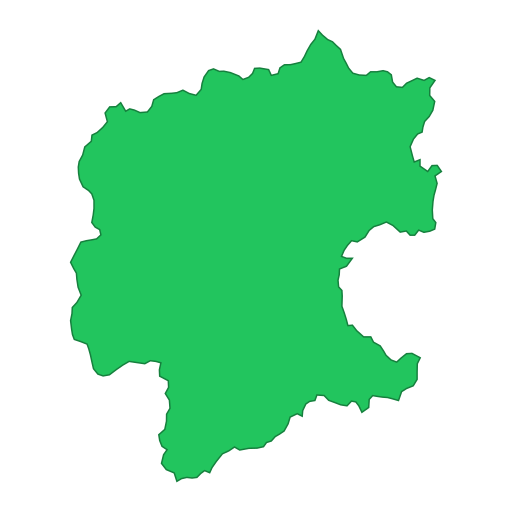 outline of Jundiaí, São Paulo, Brazil
{"feature_id": "56859067B11447727870943", "entity_name": "Jundiaí", "entity_type": "district", "adm_level": 2, "iso_a3": "BRA", "parent_name": "Brazil", "parent_adm1": "São Paulo", "projection": "robinson", "projection_center": [-46.901, -23.201], "detail": "fine", "context": "isolated", "style": "filled", "palette": "green", "viewbox_px": 512, "rotation_deg": 0, "n_neighbors": 0, "source": "geoboundaries", "source_scale": "gbopen_adm2", "svg_char_len": 3302}
<svg xmlns="http://www.w3.org/2000/svg" viewBox="0 0 512 512"><path d="M176.9,481.3L181.5,478.6L186.8,477.4L192.1,478.0L196.9,477.4L200.8,473.4L204.6,470.6L209.7,472.7L212.0,467.6L216.4,461.3L222.4,453.8L228.9,450.8L234.5,447.0L239.7,450.0L248.9,448.3L257.1,448.1L263.5,446.7L266.5,442.5L271.3,441.0L275.2,436.6L279.5,434.1L284.1,431.0L288.1,423.8L290.1,417.1L297.2,413.7L302.2,416.2L302.7,410.6L305.8,404.0L309.6,401.4L314.9,400.5L316.9,395.0L324.1,395.5L328.7,400.3L334.7,402.5L340.7,404.8L347.0,405.8L351.5,401.1L355.8,401.9L358.8,405.8L361.9,412.3L368.7,407.5L369.2,399.4L372.7,395.6L377.5,396.4L382.4,397.1L387.6,397.5L392.2,398.7L398.5,400.5L401.6,391.6L406.5,388.5L413.2,385.8L417.1,379.4L417.1,371.8L417.3,363.7L420.2,357.8L412.0,353.4L406.5,353.7L401.0,358.1L396.7,362.1L391.1,360.0L386.0,355.3L383.6,351.1L380.2,345.9L373.5,342.2L370.8,336.9L363.6,336.9L356.7,330.7L352.4,325.2L347.9,325.6L346.3,319.5L344.3,313.1L341.9,306.3L342.2,296.1L341.9,290.5L338.6,286.9L338.0,280.2L339.2,274.8L339.5,269.0L346.5,266.2L352.3,258.3L346.5,258.3L341.5,256.4L344.1,250.3L347.5,245.3L351.6,240.7L357.3,241.9L365.0,237.1L369.2,230.4L373.8,226.6L379.7,224.8L386.4,222.0L393.0,225.5L400.2,232.1L406.3,231.0L410.1,235.2L414.7,235.2L418.7,230.1L423.9,232.3L429.8,231.2L434.7,229.1L435.8,222.6L432.8,218.7L432.3,210.0L433.0,201.3L434.0,195.2L435.4,190.2L437.1,183.4L435.0,175.9L441.4,171.5L437.2,165.4L432.0,165.6L427.7,171.5L420.0,166.1L420.0,159.7L414.2,162.0L412.6,156.5L410.1,146.7L413.5,139.0L417.6,134.0L422.1,132.1L422.9,127.1L424.6,121.5L429.2,116.5L432.8,110.3L434.7,101.4L429.7,95.5L429.8,87.9L435.0,80.4L429.2,77.6L424.1,80.4L417.1,78.2L411.5,80.9L406.6,83.2L402.4,87.4L396.4,86.8L392.6,82.1L391.3,74.8L387.5,71.8L383.1,70.7L376.9,71.8L370.6,71.8L366.3,75.4L359.2,75.0L352.8,73.2L348.6,68.1L346.1,63.1L343.6,58.6L340.5,49.4L335.9,45.2L332.5,41.8L327.7,39.6L322.4,35.1L318.3,30.7L314.9,39.3L310.8,44.4L307.2,50.7L304.4,56.6L301.0,62.2L295.4,63.6L290.4,64.7L284.4,64.8L280.0,67.8L278.1,73.7L271.3,75.4L268.6,69.6L259.8,68.1L254.6,68.4L252.6,73.4L248.7,77.3L242.9,79.5L238.9,76.0L230.4,72.6L223.8,71.2L219.3,71.4L213.5,68.9L208.6,70.6L204.1,77.0L202.1,83.4L201.2,89.4L196.1,95.3L189.2,93.5L182.9,90.2L176.9,92.7L171.6,93.3L164.1,93.7L159.0,96.4L153.7,99.7L151.8,106.4L147.4,112.0L140.0,112.6L134.4,110.1L129.7,108.9L125.7,111.2L120.7,102.7L116.1,106.7L109.7,106.9L105.1,113.0L107.4,121.7L102.9,127.3L97.1,132.6L92.0,135.1L91.3,141.3L84.8,146.9L82.7,155.0L79.2,161.5L78.3,167.0L78.6,173.2L79.5,179.1L83.1,186.8L88.6,190.5L91.8,193.9L94.0,200.3L94.0,208.6L93.2,215.1L91.8,222.5L95.2,227.1L99.7,229.6L100.9,234.9L96.6,238.9L91.4,239.9L86.5,240.7L80.9,242.1L77.4,249.1L74.0,255.6L70.6,262.3L73.8,268.7L76.4,273.1L76.9,279.3L78.1,287.2L81.2,295.2L76.9,302.5L72.3,307.5L72.0,313.7L70.6,320.6L71.6,329.0L72.5,334.6L74.3,339.4L80.8,341.6L87.1,344.1L88.8,348.9L90.4,354.7L92.0,362.1L93.5,368.7L97.9,374.1L103.1,375.9L109.4,374.8L116.4,369.5L122.7,365.1L129.1,361.4L136.6,362.5L144.8,363.7L150.3,360.7L155.9,361.4L160.9,362.8L159.4,369.8L159.7,376.2L168.3,380.7L168.6,387.4L165.3,393.5L169.4,400.1L170.0,408.3L166.6,414.2L166.5,421.2L164.8,429.4L158.8,434.7L159.7,440.5L162.0,446.3L167.1,449.7L163.6,454.7L161.5,463.4L166.3,469.6L174.2,472.9L176.9,481.3Z" fill="#22c55e" stroke="#15803d" stroke-width="1.5"/></svg>